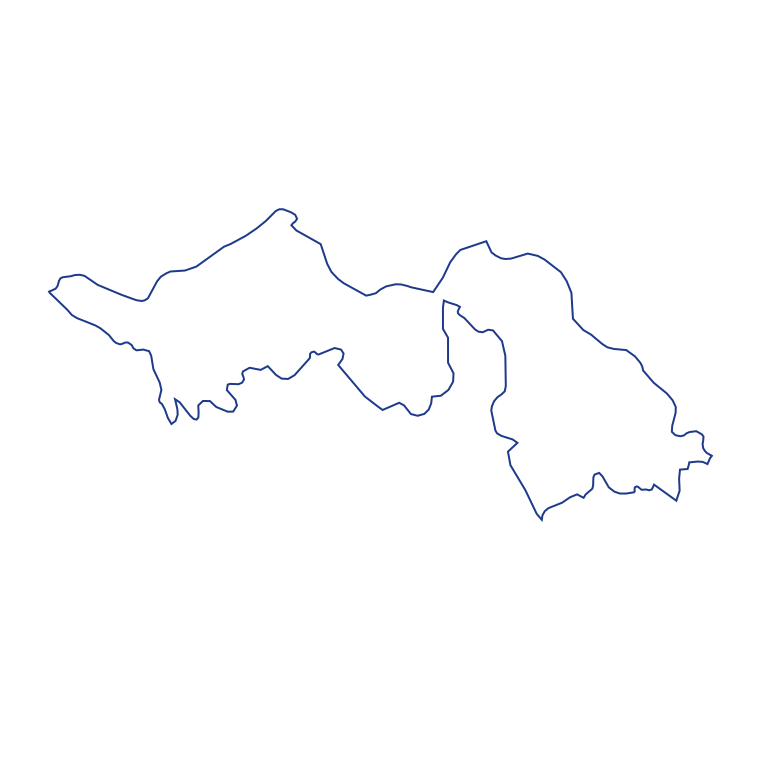 map outline of Burgenland (Robinson projection), rotated 71°
{"feature_id": "AUT-2322", "entity_name": "Burgenland", "entity_type": "State", "adm_level": 1, "iso_a3": "AUT", "parent_name": "Austria", "parent_adm1": "", "projection": "robinson", "projection_center": [16.54, 47.475], "detail": "fine", "context": "isolated", "style": "outline", "palette": "blue", "viewbox_px": 768, "rotation_deg": 71, "n_neighbors": 0, "source": "natural_earth", "source_scale": "10m", "svg_char_len": 3498}
<svg xmlns="http://www.w3.org/2000/svg" viewBox="0 0 768 768"><g transform="rotate(71 384 384)"><path d="M589.5,145.6L567.1,161.4L570.9,165.1L570.8,167.9L569.0,170.7L568.0,174.6L567.3,175.3L564.0,177.2L563.1,178.5L563.4,180.5L565.2,181.4L567.1,181.9L567.8,182.8L566.4,190.8L564.3,196.7L560.8,201.2L554.9,205.1L542.5,207.5L538.1,209.5L538.2,214.4L540.4,216.4L548.0,219.3L550.8,221.1L554.2,229.5L556.6,232.3L551.2,237.4L551.7,245.1L554.2,254.2L554.9,268.9L556.6,273.4L559.7,276.9L563.8,279.0L556.4,281.9L530.3,284.9L501.9,290.9L488.3,288.8L483.1,277.0L478.3,280.4L471.3,289.9L467.4,293.2L464.2,293.8L444.0,291.2L440.2,289.2L436.2,285.6L435.3,284.2L433.4,281.0L432.1,276.3L430.2,272.2L425.6,269.5L396.9,260.1L381.9,258.5L368.8,263.5L366.6,267.9L367.2,273.8L365.3,277.6L362.2,280.1L347.9,286.5L343.7,289.8L341.3,291.0L339.6,290.7L337.9,289.3L335.8,287.1L333.2,289.4L327.7,296.8L324.6,300.2L331.0,303.4L351.1,310.3L361.1,308.4L378.3,314.3L384.7,316.5L396.5,314.8L404.3,317.9L410.6,325.0L413.6,334.1L411.6,342.8L417.7,345.7L422.7,350.0L425.4,355.6L425.0,362.5L421.2,368.3L410.8,372.0L406.7,375.7L408.1,393.8L403.2,397.2L389.7,406.1L351.1,421.1L346.8,415.1L342.0,412.3L337.5,413.4L333.9,419.0L334.8,436.3L334.0,437.6L332.2,438.4L330.6,439.6L330.4,442.3L331.4,444.0L333.0,444.7L334.6,445.2L335.6,446.1L346.5,465.6L348.0,473.0L345.6,479.0L340.5,483.0L329.3,488.1L330.5,496.0L324.9,505.8L326.2,513.3L328.4,514.8L331.2,514.6L334.2,514.9L336.6,517.8L336.8,521.7L333.8,529.4L333.7,531.9L338.5,534.6L350.7,529.6L356.6,530.1L361.0,535.6L359.3,540.8L351.1,550.1L343.5,554.1L341.1,560.7L343.8,566.6L351.0,568.7L355.3,570.5L356.6,572.8L355.1,575.3L351.0,577.5L334.9,583.1L330.4,586.5L340.7,587.6L345.9,589.1L351.0,593.1L352.6,598.0L345.8,599.4L336.5,599.5L330.5,600.5L328.9,601.7L327.2,602.1L325.3,601.7L323.4,600.4L317.1,596.4L309.5,595.6L294.9,597.2L281.4,594.9L276.5,595.4L273.1,600.4L271.5,607.2L268.6,609.3L265.0,609.9L261.4,612.6L260.5,615.3L260.8,617.8L260.6,620.6L258.1,623.8L255.6,625.5L248.1,628.2L239.0,634.0L234.8,637.7L221.7,652.9L217.1,656.7L211.3,659.0L196.5,666.5L188.9,670.4L187.6,670.6L187.6,670.4L187.5,668.6L187.0,663.6L186.4,662.6L185.0,660.7L180.5,657.6L178.7,655.4L178.5,652.7L180.1,645.2L180.4,640.6L181.6,636.3L184.2,632.0L197.1,622.4L214.6,602.7L224.1,590.9L226.6,586.2L227.0,583.1L226.1,579.3L213.1,565.2L209.9,560.1L208.5,553.8L208.1,549.3L211.9,535.3L211.9,523.2L202.1,490.6L201.7,483.6L198.9,466.6L195.5,454.0L191.5,442.9L185.2,430.0L184.7,426.1L186.0,422.4L191.4,416.0L195.1,412.9L199.5,412.4L201.4,414.9L202.5,418.0L203.8,419.9L210.4,416.8L231.2,398.3L251.9,398.6L261.0,397.2L270.0,393.1L275.8,389.1L294.6,372.1L295.2,367.6L295.5,362.1L293.5,356.7L292.4,350.3L293.5,340.5L295.5,335.3L299.0,329.9L301.3,327.0L313.1,307.6L302.6,293.7L290.4,281.7L284.9,273.8L282.1,268.2L282.3,240.8L294.6,239.5L298.9,236.6L303.3,232.3L305.4,228.3L306.8,223.1L307.5,205.6L313.0,196.8L318.6,191.7L335.9,180.3L346.2,177.8L358.7,177.1L383.8,184.1L397.8,178.0L404.8,172.1L417.1,164.7L422.1,160.8L425.7,155.2L430.8,143.9L439.6,137.7L447.2,134.8L451.3,134.1L455.6,134.6L470.6,128.6L485.1,119.6L493.4,116.4L500.7,115.6L506.3,117.7L517.2,125.0L522.9,127.4L527.2,125.2L529.8,121.0L530.3,117.4L529.1,113.9L528.9,110.7L530.3,104.1L535.0,99.9L537.6,99.0L541.4,100.6L544.4,102.3L548.6,103.1L551.7,102.4L554.2,101.3L558.7,97.4L560.4,100.0L565.0,104.2L561.4,108.0L559.5,112.5L557.5,120.9L558.9,121.6L563.2,124.6L561.3,132.0L569.6,135.8L581.1,139.2L589.5,145.6Z" fill="none" stroke="#1e3a8a" stroke-width="2"/></g></svg>